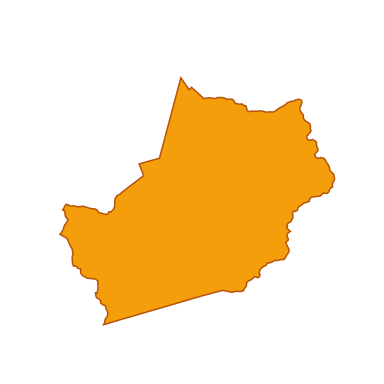 Santa Cruz, Pernambuco, Brazil (Albers equal-area conic projection), rotated 249°
{"feature_id": "56859067B26223419026815", "entity_name": "Santa Cruz", "entity_type": "district", "adm_level": 2, "iso_a3": "BRA", "parent_name": "Brazil", "parent_adm1": "Pernambuco", "projection": "albers", "projection_center": [-40.303, -8.286], "detail": "fine", "context": "isolated", "style": "filled", "palette": "amber", "viewbox_px": 384, "rotation_deg": 249, "n_neighbors": 0, "source": "geoboundaries", "source_scale": "gbopen_adm2", "svg_char_len": 3300}
<svg xmlns="http://www.w3.org/2000/svg" viewBox="0 0 384 384"><g transform="rotate(249 192 192)"><path d="M146.3,325.2L149.0,325.8L151.0,327.7L152.2,329.4L154.2,330.1L156.5,330.5L158.4,330.5L160.2,329.6L162.6,328.4L166.4,329.3L168.7,329.0L171.0,328.3L173.7,328.0L176.0,327.5L178.1,324.5L178.2,321.7L180.1,320.1L183.0,319.7L184.0,321.6L185.1,323.9L187.0,325.1L189.6,324.8L192.0,325.2L193.6,326.1L195.4,325.4L197.8,323.4L197.8,321.0L199.3,318.9L201.4,318.4L203.0,319.3L204.1,321.3L205.2,323.5L206.5,325.1L208.9,325.1L211.0,326.2L213.4,326.5L215.5,325.0L218.4,322.9L221.4,322.5L223.9,323.5L226.3,322.8L229.5,322.0L231.8,322.8L233.1,324.0L234.6,325.5L235.9,326.6L238.2,327.2L240.2,325.3L240.8,322.0L240.5,319.3L241.2,315.8L241.2,312.8L240.1,310.7L239.5,307.7L239.2,304.3L238.5,301.2L237.4,298.1L237.9,295.4L238.9,293.6L239.5,290.9L240.8,288.7L242.7,286.3L243.4,284.5L244.0,281.8L245.1,279.1L246.2,277.0L246.3,274.6L248.3,272.5L250.6,273.1L253.2,273.1L254.3,271.4L256.3,270.3L256.9,267.9L258.0,266.0L259.5,264.0L262.5,263.8L264.4,262.6L265.0,260.5L266.3,257.5L267.9,256.2L269.5,253.9L270.2,251.7L271.1,249.6L270.9,247.3L271.7,245.5L273.1,243.6L274.2,240.5L274.9,236.6L289.9,229.1L288.5,226.1L302.6,222.5L278.7,205.2L276.5,203.6L265.2,195.4L247.2,182.4L235.2,173.7L237.2,152.7L224.6,152.7L220.3,138.1L218.2,131.1L217.6,128.9L216.8,126.5L215.8,123.8L215.5,120.9L214.2,118.8L212.7,117.3L210.6,116.4L206.5,114.8L203.9,112.4L202.6,109.3L203.2,107.0L201.5,105.4L202.0,103.5L203.3,101.6L205.1,99.3L205.7,97.7L208.8,97.1L210.8,95.7L212.8,91.6L216.0,87.4L218.1,84.7L218.3,82.7L219.2,79.9L221.2,77.3L222.8,72.8L224.7,71.6L225.6,70.0L224.1,67.9L222.8,66.5L221.7,64.8L219.6,66.4L215.5,65.2L213.6,65.1L210.6,66.4L207.7,63.1L206.6,60.9L203.4,58.6L199.6,53.5L198.3,55.0L196.7,55.9L195.3,57.5L193.0,58.6L190.7,58.9L188.9,58.9L187.1,59.0L184.0,59.2L182.0,59.7L179.4,59.2L176.3,58.5L174.5,56.9L169.2,55.1L165.6,54.7L164.0,57.5L162.0,57.8L159.8,60.5L158.0,59.6L156.2,59.0L153.2,59.8L149.1,63.3L147.7,65.8L146.7,68.2L145.4,70.4L143.0,72.2L138.4,70.6L136.2,70.0L133.5,68.3L131.5,67.2L132.5,65.7L130.0,65.2L127.9,64.9L125.3,66.8L123.4,67.7L120.9,67.0L118.5,68.4L117.6,69.9L115.7,70.3L114.0,69.7L111.7,70.2L109.5,70.1L106.1,68.3L104.3,65.3L101.5,63.7L99.8,61.9L98.4,80.1L94.4,127.7L91.5,163.6L89.2,185.4L88.2,186.7L87.1,188.7L85.6,190.9L84.1,193.2L83.7,195.8L83.2,198.6L81.7,201.4L81.4,204.6L83.3,206.7L84.3,208.6L85.9,209.7L88.0,210.8L88.9,213.6L88.9,216.2L89.6,218.0L90.5,220.1L89.6,221.6L88.3,222.7L88.7,224.5L90.2,225.8L92.9,225.9L95.4,228.2L96.2,229.9L96.8,232.0L97.1,235.2L98.8,237.1L97.9,238.9L98.1,241.0L98.0,243.0L98.6,244.8L97.6,246.5L97.2,248.4L97.0,250.7L96.0,253.8L97.6,256.1L99.1,257.7L100.1,259.4L101.4,260.9L103.8,262.0L106.5,261.7L108.6,261.6L110.5,261.4L111.9,262.4L112.2,264.1L113.6,265.1L115.7,265.0L118.1,265.0L119.4,267.4L120.0,269.7L122.4,268.5L124.7,267.5L125.7,268.9L127.8,269.1L128.6,271.3L129.1,273.9L130.3,275.3L131.6,276.8L133.5,277.7L135.9,278.0L137.6,279.5L136.9,281.5L137.0,283.6L139.0,285.0L139.9,286.6L140.4,289.0L141.4,291.9L141.5,293.8L141.2,296.0L141.2,298.2L142.9,299.1L144.3,300.6L144.0,303.3L143.4,305.9L142.8,307.7L142.3,310.0L143.1,312.3L144.0,314.2L143.0,315.9L142.3,317.8L142.8,319.7L144.9,321.2L146.1,323.2L146.3,325.2Z" fill="#f59e0b" stroke="#b45309" stroke-width="1.5"/></g></svg>